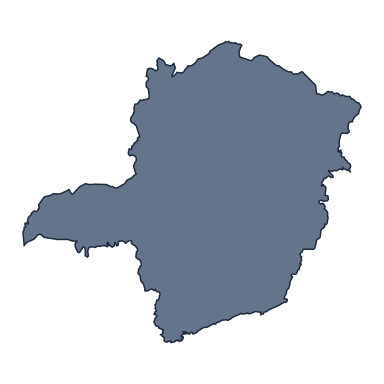 the border of Minas Gerais
{"feature_id": "BRA-601", "entity_name": "Minas Gerais", "entity_type": "State", "adm_level": 1, "iso_a3": "BRA", "parent_name": "Brazil", "parent_adm1": "", "projection": "robinson", "projection_center": [-44.656, -18.566], "detail": "fine", "context": "isolated", "style": "filled", "palette": "slate", "viewbox_px": 384, "rotation_deg": 0, "n_neighbors": 0, "source": "natural_earth", "source_scale": "10m", "svg_char_len": 5959}
<svg xmlns="http://www.w3.org/2000/svg" viewBox="0 0 384 384"><path d="M158.9,58.0L163.2,60.5L164.7,62.4L165.7,64.9L167.8,65.0L168.7,65.7L171.6,65.6L173.8,63.4L175.3,67.9L172.0,75.7L172.0,76.3L172.5,76.6L175.5,74.5L176.8,72.4L182.2,73.0L184.3,71.2L185.0,69.5L186.5,68.2L187.9,65.9L190.9,65.9L192.6,64.9L195.2,63.0L198.1,59.0L201.8,58.2L208.5,54.0L209.2,53.3L209.9,51.3L218.2,45.2L224.4,42.7L225.6,41.8L227.9,42.2L228.7,41.5L230.2,42.6L234.3,43.2L235.3,42.7L236.9,43.8L240.5,44.3L241.7,45.2L240.3,48.0L238.9,52.7L239.4,54.2L239.4,56.1L240.4,57.2L250.8,60.6L252.3,60.2L254.0,57.6L259.0,55.3L260.9,55.3L267.2,56.8L269.1,59.3L276.4,65.6L278.8,65.7L283.1,69.1L287.5,71.4L289.8,72.1L291.1,71.8L293.5,74.3L296.2,73.8L297.8,74.0L300.5,72.2L302.2,71.8L315.5,85.2L316.6,93.8L317.5,93.6L322.2,95.1L325.5,93.5L326.9,92.0L328.1,91.4L329.7,92.2L332.1,91.9L334.0,93.8L337.0,93.0L339.1,94.1L340.3,95.8L342.4,94.9L346.0,96.5L350.0,96.5L350.5,97.8L351.4,98.3L351.6,99.2L352.8,99.0L353.7,99.5L356.6,102.5L358.7,102.8L360.2,105.0L361.0,107.2L359.5,109.8L358.5,113.7L354.9,116.5L352.6,120.2L352.5,121.7L350.7,121.7L348.6,123.0L348.0,128.8L349.1,130.9L349.1,132.0L347.2,133.4L342.0,133.0L340.6,135.1L339.1,141.8L339.4,146.4L338.3,148.0L338.0,151.4L339.0,151.8L339.6,150.5L340.8,150.2L340.1,152.1L340.5,152.5L341.4,152.1L341.8,152.9L341.4,155.6L341.6,156.8L344.1,157.1L345.0,159.5L346.7,160.7L347.5,162.2L350.1,164.2L350.7,166.7L349.4,169.4L350.1,171.6L348.3,170.4L347.0,170.3L346.3,169.6L343.5,168.7L343.0,167.9L342.7,169.6L342.2,169.9L340.4,168.8L336.2,170.8L334.3,170.4L332.4,171.4L331.3,170.9L329.7,171.1L328.8,170.5L328.7,171.3L332.9,175.7L333.0,177.4L330.9,177.5L329.0,176.0L328.1,176.0L325.5,178.4L324.2,178.5L322.6,181.6L321.8,182.2L322.0,184.5L321.5,185.8L322.4,185.7L323.3,184.7L325.7,187.1L325.9,188.5L325.1,194.9L325.5,195.4L327.9,195.9L328.4,199.4L327.1,200.9L323.2,201.2L322.6,200.4L320.8,200.4L319.4,200.7L318.6,201.6L319.7,203.3L320.9,203.9L322.7,203.2L324.3,204.7L324.3,205.7L325.1,206.4L324.3,208.7L325.3,209.3L327.6,212.2L327.6,216.4L328.1,217.4L327.0,223.5L325.9,224.6L324.4,224.2L324.7,226.7L321.0,230.1L320.1,237.2L318.6,238.8L317.3,239.2L316.5,240.3L315.3,246.4L314.5,248.5L313.4,249.3L303.7,249.2L302.9,249.9L302.2,251.9L300.0,253.8L300.3,255.8L301.6,256.7L301.2,258.3L301.6,260.3L299.8,263.9L300.9,263.7L301.2,264.1L299.0,268.2L299.5,268.9L298.9,269.6L297.8,269.9L296.4,273.7L295.4,274.3L292.7,273.9L291.2,275.1L291.4,276.3L292.5,276.7L292.4,277.0L290.0,282.0L290.0,283.7L288.7,288.4L286.8,290.0L286.3,293.4L284.3,297.3L284.2,298.7L286.4,298.9L287.1,299.5L287.3,300.6L286.8,301.5L285.6,302.4L284.3,302.2L278.5,305.5L268.6,310.0L266.6,311.6L264.7,311.9L264.0,312.3L263.4,314.0L262.0,313.8L261.0,314.8L260.7,313.9L261.1,312.3L255.3,311.5L251.0,313.4L248.4,313.8L247.5,313.0L245.0,313.9L244.4,313.6L242.8,314.1L241.6,313.4L232.5,317.3L231.3,318.5L227.9,320.4L226.3,319.8L222.1,320.2L219.1,322.0L216.8,322.4L215.5,324.1L213.1,323.9L207.4,327.1L203.3,327.6L198.4,330.9L197.5,331.1L197.1,332.3L193.1,334.1L192.4,332.6L191.6,332.1L189.5,334.0L188.0,333.8L187.5,332.9L185.1,334.1L184.6,333.3L185.6,331.9L183.2,331.9L183.0,332.3L183.7,333.9L180.8,336.1L181.3,336.7L182.9,336.7L183.3,337.3L182.9,339.0L181.8,339.1L182.0,340.2L181.6,340.9L181.1,340.9L180.3,340.2L179.1,341.4L177.6,339.9L177.0,340.6L176.0,340.5L174.7,341.8L171.4,342.5L170.7,342.4L170.5,340.9L166.6,342.1L164.6,341.4L164.1,340.0L164.3,337.8L160.7,334.8L163.1,333.2L162.5,331.2L163.4,329.9L158.9,328.1L158.4,326.6L155.4,325.5L155.1,323.9L153.9,322.4L155.0,318.6L156.9,316.0L156.1,314.8L154.6,314.5L154.0,314.0L155.1,313.2L154.8,312.5L155.1,311.9L156.4,311.1L155.1,308.1L155.6,306.7L154.9,304.9L155.9,303.9L156.7,300.3L158.0,300.3L159.3,297.6L159.3,295.9L160.1,294.9L159.7,292.6L158.9,291.8L156.8,291.6L155.7,290.5L155.4,289.5L154.2,290.5L152.0,289.2L150.4,289.2L148.0,290.8L145.6,291.0L144.8,290.6L145.0,288.8L143.2,283.7L140.9,280.9L140.2,277.2L140.4,276.0L138.0,273.4L138.6,269.3L139.7,268.0L140.1,266.2L141.3,265.3L141.4,264.2L140.3,260.4L137.1,258.5L135.9,257.1L136.4,252.2L137.3,251.0L137.6,249.0L135.5,246.1L132.6,244.4L131.4,243.1L131.5,241.4L130.5,240.4L127.2,241.6L126.2,243.1L125.5,243.2L123.1,241.0L118.9,241.3L118.2,242.1L118.5,243.1L118.1,245.3L116.7,245.8L115.8,243.6L114.8,242.8L114.3,245.8L112.3,247.1L109.4,245.5L108.4,243.0L107.8,242.3L107.1,243.4L107.9,245.8L107.2,246.7L105.0,245.7L102.4,245.7L99.8,246.4L97.4,246.2L95.3,247.4L92.9,246.9L89.8,247.1L89.0,247.6L87.7,250.9L88.4,256.0L87.4,257.1L85.3,255.8L85.2,249.9L85.0,248.3L84.2,247.1L83.1,246.9L79.9,252.1L78.9,252.6L77.8,252.1L75.3,246.9L75.1,244.5L75.4,242.8L76.8,242.1L77.0,241.5L76.1,240.8L72.7,241.2L67.8,239.4L57.7,239.5L43.9,237.3L41.2,234.6L39.3,234.3L37.2,235.2L36.6,236.5L33.8,239.3L27.1,242.1L24.2,245.4L23.0,233.3L23.2,231.4L24.1,229.6L24.2,227.4L25.7,226.2L24.9,224.4L25.2,223.1L26.3,223.0L27.7,224.0L28.6,223.2L27.4,221.4L28.4,217.3L31.0,214.9L31.4,213.4L33.5,211.3L34.1,210.9L36.2,211.4L37.4,210.9L39.2,207.6L38.7,204.7L44.0,197.2L44.8,196.7L50.4,195.4L53.3,193.8L59.9,194.0L67.2,190.7L68.5,189.6L69.3,189.8L70.2,192.1L71.8,194.0L72.6,194.3L79.3,187.0L85.4,183.7L89.5,184.6L95.6,184.2L106.4,184.5L110.5,186.6L112.5,186.4L113.6,187.4L116.8,188.1L124.8,183.5L127.0,180.1L131.5,178.0L134.2,175.3L136.0,174.4L133.6,166.4L134.6,163.0L136.3,160.7L136.2,157.7L135.1,156.2L132.3,154.9L129.9,155.8L128.5,154.1L128.3,152.4L129.2,149.0L131.1,149.4L131.9,146.3L133.7,144.8L134.2,143.0L135.8,142.4L136.5,141.0L137.9,140.2L137.4,138.3L138.4,137.1L139.4,137.2L139.7,136.4L136.2,125.8L133.7,123.4L132.2,122.8L130.8,121.0L130.5,119.9L131.0,117.3L132.4,115.7L134.3,111.4L134.0,107.9L135.0,104.2L137.5,103.8L140.3,100.0L141.8,100.6L143.2,99.8L146.8,99.3L149.2,98.0L149.1,94.7L148.2,88.5L146.3,87.0L146.1,82.7L148.6,79.0L147.6,76.4L146.3,76.4L147.3,70.0L148.3,68.7L150.4,68.3L152.1,68.6L155.8,70.7L157.3,70.0L157.9,69.0L157.6,66.2L156.9,65.1L157.5,63.3L156.8,61.1L158.9,58.0Z" fill="#64748b" stroke="#1e293b" stroke-width="1.5"/></svg>